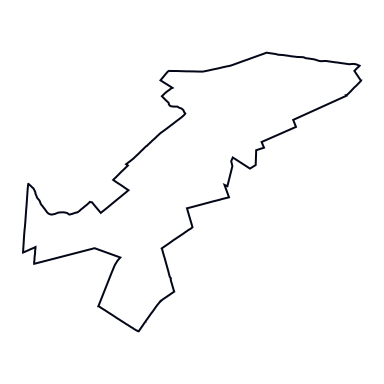 Silistea, Teleorman, Romania (orthographic projection)
{"feature_id": "2599482B30575359453223", "entity_name": "Silistea", "entity_type": "district", "adm_level": 2, "iso_a3": "ROU", "parent_name": "Romania", "parent_adm1": "Teleorman", "projection": "orthographic", "projection_center": [25.348, 44.369], "detail": "fine", "context": "isolated", "style": "outline", "palette": "ink", "viewbox_px": 384, "rotation_deg": 0, "n_neighbors": 0, "source": "geoboundaries", "source_scale": "gbopen_adm2", "svg_char_len": 5749}
<svg xmlns="http://www.w3.org/2000/svg" viewBox="0 0 384 384"><path d="M359.6,65.7L358.5,65.3L357.6,64.9L356.6,64.5L355.6,64.2L354.9,64.1L354.2,64.0L353.8,63.9L352.1,64.0L349.6,64.2L349.0,64.2L346.3,63.8L339.1,62.8L337.3,62.5L335.1,62.3L327.6,61.2L326.4,61.0L324.2,61.0L321.0,61.2L319.8,61.0L319.1,60.9L316.3,60.0L314.7,59.5L313.8,59.3L307.8,58.4L306.4,58.3L305.4,58.0L304.2,57.5L303.1,57.2L302.3,57.1L300.8,57.1L299.1,57.0L297.6,57.0L290.7,56.2L289.7,56.0L289.2,55.9L282.7,55.0L278.9,54.8L277.3,54.5L275.6,54.0L268.5,53.0L266.9,52.7L266.6,52.7L266.2,52.8L263.6,53.8L257.7,55.9L251.0,58.3L247.8,59.5L245.4,60.3L241.2,61.8L236.9,63.4L231.6,65.3L229.9,65.8L227.8,66.2L222.7,67.3L219.4,68.1L218.2,68.4L212.8,69.5L208.4,70.5L202.8,71.6L202.4,71.6L200.4,71.6L192.5,71.4L185.6,71.3L176.1,71.0L171.1,71.0L169.4,70.9L169.0,70.9L168.7,71.1L167.8,71.6L167.6,71.8L167.3,72.1L160.5,80.3L163.9,82.5L168.9,85.6L172.5,87.9L172.3,88.0L172.1,88.1L171.5,88.2L171.3,88.3L170.9,88.6L169.2,90.0L168.3,90.6L167.1,91.5L166.3,92.0L166.0,92.4L164.4,93.7L164.3,93.9L161.9,96.2L165.5,99.9L168.2,102.4L168.6,102.8L168.7,103.0L168.8,103.2L168.8,103.6L168.8,104.2L168.9,104.4L169.8,105.6L170.3,105.9L171.1,106.3L172.9,106.5L174.7,106.6L176.2,106.6L177.0,106.6L177.3,106.6L177.6,106.8L178.6,107.4L179.2,107.7L180.3,108.1L181.5,108.6L182.0,108.9L182.8,109.6L183.5,110.4L183.7,110.8L183.8,111.3L184.2,112.0L184.4,112.5L185.3,113.5L185.1,113.8L184.7,114.4L184.1,115.0L183.1,116.0L182.9,116.1L182.4,116.5L182.0,116.9L181.4,117.4L180.1,118.4L178.9,119.3L176.6,121.0L173.4,123.5L166.3,128.9L164.8,130.0L161.5,132.4L160.7,132.9L156.8,136.5L156.0,137.3L155.3,138.0L154.5,138.7L151.4,141.5L150.7,142.3L150.2,142.6L149.7,143.2L148.9,143.9L148.0,144.7L147.5,145.2L147.2,145.7L146.8,145.9L146.2,146.2L145.6,146.8L144.9,147.4L144.5,147.8L144.0,148.4L143.7,148.6L143.5,148.8L143.3,148.9L143.0,149.4L141.1,151.1L139.1,153.2L138.1,154.1L134.5,157.5L133.5,158.5L130.6,160.8L126.1,164.2L127.9,165.5L124.3,169.0L121.1,172.0L116.2,177.0L114.7,178.4L113.2,179.9L116.0,181.9L122.3,186.0L125.7,188.4L128.5,190.2L125.3,192.9L123.0,194.8L119.4,197.7L113.2,202.8L109.7,205.7L106.8,208.1L101.6,212.2L100.8,212.9L98.1,209.7L96.1,207.3L95.0,206.0L93.5,204.2L92.8,203.3L92.2,202.5L91.9,202.4L91.7,202.2L91.4,202.2L90.6,202.1L90.1,202.0L89.8,201.9L89.6,202.2L88.7,203.1L86.5,205.1L85.4,205.9L82.5,208.3L80.6,209.8L79.6,210.8L79.0,211.3L78.5,211.6L77.6,212.2L77.0,212.5L76.7,212.6L76.4,212.5L75.0,212.9L72.4,213.8L71.9,214.0L71.3,214.1L70.6,214.3L70.2,214.4L69.7,214.5L69.3,214.5L69.1,214.4L68.8,214.3L68.6,214.2L67.7,213.4L67.5,213.2L67.2,213.1L66.6,212.9L65.3,212.6L64.2,212.4L63.7,212.3L63.2,212.3L61.7,212.3L60.8,212.4L59.2,212.5L58.4,212.6L58.0,212.7L57.3,213.0L55.7,213.6L55.1,213.9L53.7,214.2L53.1,214.3L52.8,214.4L52.3,214.5L51.9,214.5L51.4,214.5L50.9,214.5L50.5,214.4L49.7,214.1L49.4,214.0L48.2,213.4L47.7,212.9L47.3,212.5L46.8,211.9L46.0,210.8L45.0,209.4L43.9,208.0L43.4,207.3L43.0,206.8L42.7,206.3L42.2,205.8L41.8,205.3L41.5,204.9L41.1,204.4L40.6,203.5L40.3,202.7L40.0,201.7L39.7,201.0L39.5,200.8L39.2,200.2L38.4,199.3L37.8,198.6L37.5,198.3L37.3,198.1L37.2,197.8L37.0,197.4L36.5,196.0L36.1,195.1L35.8,194.4L35.7,194.1L35.6,193.9L35.4,193.3L35.3,192.3L35.1,191.7L34.6,190.7L33.9,189.2L33.5,188.6L33.3,188.3L33.1,188.1L32.7,187.8L32.4,187.5L32.0,187.2L31.4,186.5L30.8,186.0L30.3,185.5L28.7,184.1L28.3,183.9L28.2,184.0L28.1,184.8L27.6,189.9L26.6,204.7L26.2,209.4L25.3,222.2L24.9,226.9L24.4,231.6L24.1,235.7L23.9,238.8L23.8,240.7L23.7,242.3L23.5,245.5L23.3,248.1L23.1,251.6L23.0,252.1L23.1,252.3L23.1,252.5L25.5,251.5L28.3,250.3L30.4,249.3L32.3,248.5L32.5,248.5L34.1,247.7L35.5,247.0L35.5,247.5L35.5,248.2L35.3,249.3L35.2,250.0L35.1,251.6L35.1,252.5L34.9,254.6L34.6,256.8L34.4,260.4L34.2,261.7L34.1,262.4L34.2,263.8L74.1,253.5L94.6,248.2L120.3,257.5L117.5,260.7L115.3,264.3L114.7,265.3L111.6,272.8L98.4,306.2L98.6,306.2L98.8,306.3L101.0,307.8L103.4,309.3L105.2,310.4L107.0,311.6L109.9,313.5L111.5,314.5L112.9,315.4L114.4,316.4L117.7,318.6L119.5,319.7L120.7,320.5L123.6,322.3L125.2,323.4L126.6,324.3L127.7,324.9L130.6,326.8L131.4,327.3L132.7,328.0L133.1,328.3L133.7,328.8L134.4,329.2L134.9,329.5L135.7,330.0L137.5,330.9L137.8,331.1L138.0,331.2L138.3,331.3L138.5,331.3L138.9,331.2L139.0,330.9L139.4,330.2L139.9,329.5L140.8,328.3L141.3,327.5L142.5,325.8L144.6,322.7L144.9,322.3L145.1,322.1L145.3,321.9L145.6,321.8L145.6,321.6L145.6,321.3L145.9,320.8L146.9,319.5L150.9,313.8L151.5,313.0L152.7,311.5L156.7,305.8L158.1,304.1L159.6,302.2L159.6,302.3L160.3,301.6L162.5,299.6L174.2,291.6L173.5,289.5L172.3,285.4L171.8,283.5L171.1,281.4L170.8,280.0L170.8,279.7L170.7,279.4L170.9,278.7L170.9,278.4L170.8,278.2L170.6,277.9L170.3,277.6L169.9,277.1L169.8,276.9L169.2,274.8L168.2,270.8L167.5,268.4L164.6,257.9L163.7,255.0L162.6,251.0L162.0,249.0L161.9,248.7L161.7,248.4L165.8,245.6L169.0,243.4L171.8,241.4L173.1,240.4L174.5,239.5L175.4,238.9L179.6,236.1L180.3,235.7L181.4,234.9L183.5,233.5L185.1,232.3L186.4,231.5L187.3,230.8L188.3,230.1L188.9,229.7L189.5,229.4L190.0,229.2L190.4,228.9L190.8,228.6L191.5,228.1L192.5,227.2L189.0,215.3L187.0,208.3L188.6,207.9L192.9,206.8L200.0,204.9L203.4,204.0L206.7,203.1L210.2,202.2L212.6,201.5L216.7,200.5L219.5,199.8L221.8,199.1L226.3,198.0L228.7,197.4L229.0,197.3L224.5,184.9L227.4,186.2L232.4,166.1L231.2,161.2L232.8,157.5L250.0,168.6L255.7,165.0L256.2,150.2L264.0,147.7L261.6,142.0L296.0,126.9L293.2,119.9L346.5,95.7L346.4,95.5L346.2,95.2L346.5,95.2L347.4,94.6L348.6,93.4L349.7,92.3L350.6,91.5L351.5,90.4L352.9,89.0L353.8,88.0L354.5,87.3L355.4,86.5L356.5,85.5L358.4,83.5L359.5,82.4L360.3,81.5L360.9,80.8L361.0,80.6L360.9,80.6L356.3,73.8L354.4,70.9L355.7,69.6L355.8,69.4L356.5,68.7L357.2,68.1L357.7,67.6L359.4,66.0L359.6,65.7Z" fill="none" stroke="#020617" stroke-width="2"/></svg>